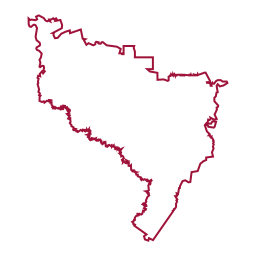 Huimanguillo, Tabasco, Mexico (Albers equal-area conic projection)
{"feature_id": "50627088B79182131187687", "entity_name": "Huimanguillo", "entity_type": "district", "adm_level": 2, "iso_a3": "MEX", "parent_name": "Mexico", "parent_adm1": "Tabasco", "projection": "albers", "projection_center": [-93.695, 17.762], "detail": "fine", "context": "isolated", "style": "outline", "palette": "rose", "viewbox_px": 256, "rotation_deg": 0, "n_neighbors": 0, "source": "geoboundaries", "source_scale": "gbopen_adm2", "svg_char_len": 5755}
<svg xmlns="http://www.w3.org/2000/svg" viewBox="0 0 256 256"><path d="M153.0,240.1L173.0,211.4L172.8,210.7L173.9,210.1L174.1,208.9L175.1,208.6L176.1,206.7L176.0,203.9L177.1,201.3L176.4,200.3L177.3,199.4L175.2,196.2L176.6,196.1L176.7,194.7L177.2,195.3L177.5,194.9L176.9,193.4L178.1,193.8L179.0,188.1L179.8,188.0L180.1,185.9L182.5,181.2L185.2,180.3L188.6,182.3L190.3,182.0L191.6,172.1L197.7,171.1L200.3,163.8L203.4,161.2L206.2,160.0L206.2,157.5L213.0,156.6L212.0,152.3L213.6,148.3L212.9,146.8L213.7,144.4L213.1,143.6L213.8,142.1L213.0,140.9L213.5,140.3L212.1,137.9L211.2,137.7L211.5,136.4L210.2,136.6L209.8,135.3L208.8,135.3L209.7,134.2L206.9,131.4L204.8,125.2L205.7,124.1L206.3,125.2L207.1,124.9L208.0,125.6L208.4,126.8L213.8,127.6L214.7,126.7L216.1,121.6L212.4,121.4L211.0,123.7L207.4,123.4L207.1,122.7L207.7,122.3L208.2,119.5L209.6,120.0L210.8,118.6L210.5,117.7L214.0,119.6L216.7,118.9L214.6,114.6L216.9,109.5L216.6,107.6L217.9,106.9L218.2,105.5L214.5,101.4L214.3,99.4L214.4,97.8L215.8,96.3L216.5,92.6L217.7,92.2L216.6,85.8L217.7,84.2L219.8,86.4L223.4,85.5L227.4,83.0L226.7,81.5L222.5,81.5L220.7,80.1L217.7,80.1L215.9,81.2L214.1,83.7L213.0,83.6L212.4,82.7L211.4,84.7L211.6,85.8L210.6,85.7L210.3,83.1L207.0,82.8L206.9,82.2L210.1,82.1L210.0,80.9L205.6,72.6L204.7,72.6L197.9,75.0L197.6,74.3L197.3,75.3L194.5,74.6L194.9,75.3L191.2,75.3L191.0,74.8L190.8,75.4L190.7,74.8L190.5,75.4L190.5,74.8L189.6,74.7L189.6,75.4L184.5,74.8L184.4,75.5L182.9,75.4L182.9,74.8L181.8,74.7L181.8,75.4L180.2,75.4L179.9,74.7L176.9,74.8L176.7,75.4L176.6,74.7L176.5,75.4L175.3,74.8L175.2,75.4L175.0,74.9L173.9,75.4L173.9,74.8L173.4,75.4L173.0,74.5L172.9,75.4L172.1,74.5L171.2,75.4L170.8,74.4L170.0,76.0L168.6,76.6L168.7,80.2L167.8,80.9L163.7,79.4L157.5,79.8L157.4,72.8L149.9,71.5L147.2,69.1L152.9,69.1L152.9,57.3L134.9,57.3L134.9,51.5L133.7,47.9L134.2,46.0L123.6,46.0L123.6,54.1L122.2,54.1L122.3,53.4L119.4,53.3L120.7,48.9L116.9,46.7L106.7,45.3L102.7,42.1L101.6,42.3L100.7,43.7L99.2,43.7L98.4,43.3L98.6,42.3L96.2,41.8L95.4,42.7L95.3,44.3L93.2,45.3L88.6,43.2L86.4,44.8L83.9,40.1L85.3,39.2L82.7,38.7L80.8,29.5L70.0,33.2L69.8,30.4L65.7,31.7L61.3,33.7L57.6,37.9L55.0,38.2L53.5,35.2L53.8,33.1L52.8,33.0L61.8,28.2L62.1,25.0L60.4,20.0L56.6,20.7L57.2,20.2L56.2,18.4L55.2,18.7L54.6,19.8L53.2,18.3L51.0,19.6L49.2,19.5L50.1,21.4L48.4,20.6L47.4,21.3L45.5,20.5L43.8,18.1L38.8,15.4L36.1,16.6L37.1,19.3L35.6,20.2L31.6,19.6L30.2,20.0L28.6,18.5L28.7,24.4L29.6,26.5L31.2,26.8L33.4,24.9L34.6,24.7L35.7,25.4L37.0,28.1L35.6,36.8L36.5,40.1L39.6,42.7L40.1,44.3L39.7,45.6L36.6,47.4L36.3,48.6L37.0,49.9L39.3,50.9L41.7,53.6L40.9,57.5L39.5,59.8L40.4,62.7L39.5,66.7L40.1,67.2L42.1,65.8L43.6,66.0L44.1,67.8L43.5,70.2L44.8,71.3L43.1,73.4L41.9,71.4L39.8,73.9L40.2,76.3L38.2,75.7L37.5,77.9L38.6,78.8L37.9,81.6L38.3,83.1L37.6,84.2L39.1,89.5L38.4,91.8L39.9,93.4L39.1,95.2L40.5,95.6L39.6,97.0L39.5,100.9L42.1,102.0L43.8,101.3L44.4,102.7L47.0,100.7L49.2,101.6L49.1,100.0L51.5,100.3L51.5,100.8L50.3,100.9L50.4,102.8L51.6,102.9L51.5,104.7L52.6,105.8L52.3,107.0L53.9,106.9L53.2,108.4L55.3,108.6L55.5,107.3L57.9,108.5L58.7,107.9L60.4,109.3L60.8,108.6L59.9,108.6L60.7,107.0L62.3,109.9L62.2,107.3L63.4,108.5L63.9,107.0L62.7,106.7L63.1,105.6L65.1,105.9L65.8,107.9L67.1,107.2L67.6,108.1L67.0,109.2L68.2,109.9L68.9,109.2L69.9,110.1L69.5,112.2L69.3,110.9L67.7,111.0L69.3,113.6L67.0,114.0L68.1,115.3L69.7,115.8L68.1,118.6L68.8,118.9L69.4,117.9L71.1,118.4L70.0,118.6L70.6,121.8L69.8,123.1L71.5,125.2L71.4,126.2L73.5,127.3L73.4,128.6L74.8,128.8L73.3,129.6L73.6,130.2L76.2,130.2L77.3,130.8L76.7,131.5L77.9,132.0L80.8,129.9L82.2,131.0L82.9,129.6L85.1,130.1L85.4,130.8L84.7,131.1L85.3,131.5L86.4,130.8L86.7,129.2L87.7,130.7L88.7,129.4L88.6,130.1L89.4,129.7L90.4,130.9L89.2,131.8L90.3,132.6L90.5,133.7L89.3,133.6L89.5,134.9L88.4,134.2L87.1,134.7L88.9,135.2L87.8,137.0L88.6,137.5L89.0,136.9L89.3,139.1L90.4,140.2L91.6,139.4L90.5,139.1L91.5,138.0L93.1,138.4L92.9,139.4L95.5,138.4L95.0,139.4L95.8,140.1L96.1,139.3L96.8,140.7L97.8,140.7L97.5,139.9L98.1,140.2L98.7,139.5L99.8,140.2L100.7,138.8L100.2,140.4L101.5,141.2L100.9,142.1L101.7,143.7L102.4,143.7L104.1,141.9L104.5,142.1L104.1,143.0L105.4,142.1L105.8,146.3L107.3,146.8L108.0,146.1L107.6,145.5L109.2,144.9L110.7,145.9L111.5,145.3L111.7,146.4L112.2,145.5L112.8,146.0L113.6,145.4L113.5,146.7L114.7,146.6L115.4,150.0L115.3,148.5L116.7,147.3L118.6,147.6L117.4,148.0L117.4,149.4L118.2,148.6L118.6,149.5L119.2,148.8L119.5,149.8L121.7,148.8L119.7,151.5L120.0,153.1L120.8,152.0L121.1,152.4L120.7,153.5L119.8,153.6L120.8,154.4L121.2,156.3L122.0,155.7L123.1,156.4L123.8,158.3L121.9,159.9L122.5,161.1L123.5,159.7L123.1,162.2L124.0,161.2L125.3,162.1L125.3,162.9L127.4,163.4L127.9,163.2L128.1,162.7L127.7,163.0L126.4,160.3L127.8,161.0L128.9,162.8L128.6,165.8L130.0,166.1L131.0,165.2L131.1,169.7L132.5,171.3L133.0,171.0L132.6,170.3L134.0,170.3L134.5,170.6L134.4,171.9L136.3,172.2L135.5,172.5L136.4,174.7L137.8,174.6L137.8,176.3L140.7,177.3L140.6,178.9L141.3,179.9L142.0,178.7L143.2,179.9L144.7,179.2L145.7,179.9L147.2,179.5L147.9,180.2L147.3,181.2L148.9,181.5L151.2,179.9L151.6,180.6L149.7,182.5L150.5,183.2L150.2,184.3L148.9,184.1L148.3,185.8L148.9,190.1L147.4,191.1L145.9,191.3L148.6,192.6L148.8,193.5L147.7,193.5L149.1,195.4L147.4,197.0L146.0,200.3L146.3,201.7L145.3,202.6L145.4,203.9L143.4,203.3L142.8,204.0L144.2,204.1L143.6,205.2L144.3,205.7L144.7,204.7L146.1,204.9L146.4,206.0L145.0,206.5L144.0,208.2L146.0,209.0L145.7,209.8L144.0,210.5L143.9,211.2L143.1,210.7L142.2,213.9L141.1,214.6L139.8,213.9L139.1,214.8L138.8,213.8L137.4,213.8L137.3,215.7L136.0,216.1L134.8,217.7L134.9,219.9L134.0,219.9L133.8,220.9L132.2,221.9L133.5,223.2L133.3,223.9L135.0,224.7L134.3,225.7L146.5,234.4L144.0,236.2L144.9,239.4L148.3,240.6L149.0,238.2L153.0,240.1Z" fill="none" stroke="#9f1239" stroke-width="2"/></svg>